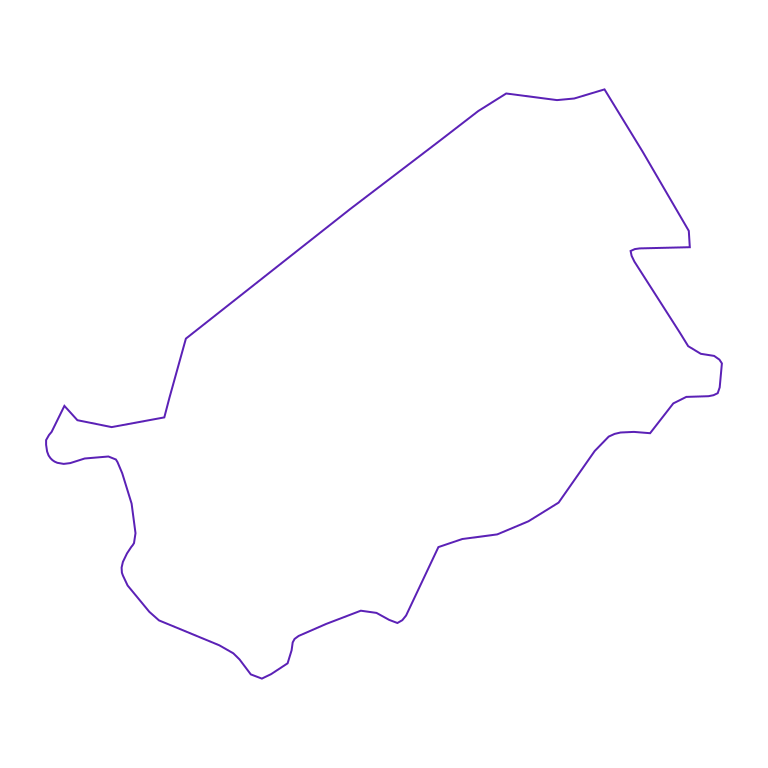 outline of El Progreso
{"feature_id": "GTM-1956", "entity_name": "El Progreso", "entity_type": "Department", "adm_level": 1, "iso_a3": "GTM", "parent_name": "Guatemala", "parent_adm1": "", "projection": "natural_earth1", "projection_center": [-90.123, 14.917], "detail": "fine", "context": "isolated", "style": "outline", "palette": "violet", "viewbox_px": 768, "rotation_deg": 0, "n_neighbors": 0, "source": "natural_earth", "source_scale": "10m", "svg_char_len": 1236}
<svg xmlns="http://www.w3.org/2000/svg" viewBox="0 0 768 768"><path d="M63.7,463.9L57.3,462.8L54.6,461.6L52.4,460.1L50.5,458.2L48.6,455.5L47.1,451.5L46.1,444.8L46.1,440.1L49.0,435.0L51.6,431.9L64.4,405.9L77.4,420.2L111.6,427.1L164.3,417.4L169.4,397.9L185.9,338.6L350.1,209.1L438.5,141.7L478.3,111.0L506.2,93.5L557.0,100.1L574.2,98.5L604.5,89.4L642.7,151.8L688.8,230.9L689.8,247.2L639.7,248.4L634.8,249.1L630.6,251.0L631.6,255.8L634.4,261.6L680.0,332.9L688.2,346.2L700.8,353.8L714.1,355.9L719.4,359.6L721.9,363.4L719.7,387.4L717.7,393.2L713.5,395.2L708.5,396.2L686.3,396.9L673.3,403.4L650.1,433.2L633.9,431.9L620.6,432.5L614.6,433.9L608.7,436.6L594.7,451.0L558.6,502.6L528.4,521.3L497.2,534.4L462.3,539.0L438.4,547.1L406.1,615.5L402.3,620.2L397.4,623.0L389.2,619.9L376.5,612.9L360.8,610.7L326.0,624.0L298.7,635.9L294.6,638.9L292.7,642.4L291.6,650.3L287.6,663.3L271.0,674.2L263.7,677.7L261.9,678.6L250.8,674.4L239.5,659.4L233.3,653.3L219.3,645.3L159.0,620.4L149.3,611.8L127.6,585.5L122.9,575.5L121.9,572.7L121.6,567.6L122.9,561.9L127.0,553.4L131.3,546.9L132.7,545.2L134.0,543.1L135.5,533.2L131.6,503.6L122.2,473.2L117.5,462.1L115.9,459.5L108.4,456.5L84.7,458.5L70.2,463.1L63.7,463.9Z" fill="none" stroke="#5b21b6" stroke-width="2"/></svg>